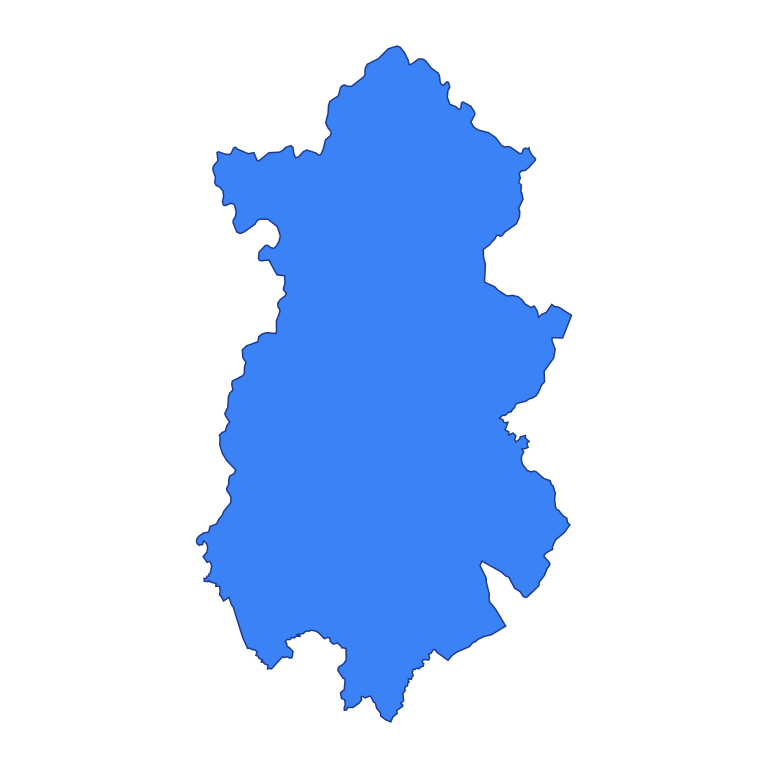 Pacula, Hidalgo, Mexico (Robinson projection)
{"feature_id": "50627088B29621121298920", "entity_name": "Pacula", "entity_type": "district", "adm_level": 2, "iso_a3": "MEX", "parent_name": "Mexico", "parent_adm1": "Hidalgo", "projection": "robinson", "projection_center": [-99.322, 21.003], "detail": "fine", "context": "isolated", "style": "filled", "palette": "blue", "viewbox_px": 768, "rotation_deg": 0, "n_neighbors": 0, "source": "geoboundaries", "source_scale": "gbopen_adm2", "svg_char_len": 6100}
<svg xmlns="http://www.w3.org/2000/svg" viewBox="0 0 768 768"><path d="M529.0,147.8L528.0,148.6L524.8,148.2L523.1,149.7L521.9,153.4L519.7,153.6L510.4,147.1L508.1,146.5L504.6,147.0L501.7,145.6L495.5,137.5L488.3,132.6L478.2,130.0L473.7,127.0L470.9,122.1L474.7,114.8L474.7,112.3L470.8,106.2L462.9,102.0L461.5,102.9L460.7,108.5L458.8,109.4L455.9,106.7L449.8,104.3L447.3,97.3L447.9,90.6L449.8,87.2L448.5,82.4L446.8,81.8L443.3,85.3L441.2,84.3L440.2,82.1L439.4,75.6L438.0,73.0L431.5,68.3L425.7,60.9L423.0,59.1L418.4,59.1L411.6,64.1L409.2,64.6L408.0,59.9L404.6,52.8L400.1,47.2L397.2,46.1L388.4,48.7L378.1,58.9L367.4,64.2L365.2,68.4L364.9,75.2L363.2,77.2L351.6,86.3L347.5,86.3L344.3,84.9L341.9,86.0L340.5,87.6L338.4,95.7L329.8,101.4L328.5,105.7L328.1,113.3L325.7,122.8L328.0,128.0L331.2,131.7L331.2,133.1L330.0,136.0L325.5,139.8L323.1,149.5L320.7,154.8L318.7,155.2L315.7,152.9L306.7,150.0L303.3,151.7L298.3,157.1L295.5,157.6L293.9,153.9L292.9,147.4L291.0,145.6L285.7,147.4L282.2,150.8L279.3,152.2L269.0,152.7L258.7,161.0L256.9,160.1L253.9,152.7L248.2,153.7L237.8,149.3L235.3,147.2L233.7,148.0L231.1,153.4L229.2,154.5L225.2,154.2L218.5,151.8L217.0,152.6L218.0,160.6L214.0,165.3L212.9,167.9L213.1,170.6L215.5,177.3L214.7,182.5L216.1,185.4L219.6,187.0L223.1,191.3L223.6,196.4L222.4,201.8L223.4,205.1L225.4,205.6L230.7,203.3L233.8,204.2L234.6,205.3L236.2,211.9L235.5,216.4L233.4,219.7L233.0,222.7L236.9,232.1L240.0,233.5L244.0,232.0L254.8,224.4L257.4,220.2L261.0,219.1L268.0,219.3L276.8,226.2L277.9,228.2L280.3,236.0L279.1,241.1L276.3,246.1L274.0,248.4L270.8,247.6L267.2,245.2L265.5,245.4L259.2,251.9L258.4,258.3L259.1,260.0L260.9,260.8L268.9,260.1L277.0,274.9L284.6,275.8L285.0,283.2L283.4,288.4L283.7,290.3L286.4,293.2L285.3,295.8L280.3,299.5L277.8,303.1L278.0,306.8L279.7,309.5L279.9,311.7L276.4,321.0L276.5,330.9L275.7,333.5L267.0,332.7L262.3,333.9L258.8,336.6L257.9,341.7L246.4,345.9L242.3,350.0L242.9,357.7L245.9,362.2L244.5,367.0L244.3,373.5L242.7,375.7L232.3,381.1L231.8,384.4L232.9,389.9L229.9,393.0L228.4,396.7L227.8,407.3L224.8,413.4L225.6,415.9L229.6,422.0L227.0,425.5L225.2,431.3L222.2,432.5L219.4,435.1L220.1,437.7L219.8,444.9L222.6,453.8L226.9,460.7L235.7,469.9L234.2,473.5L229.7,476.2L228.7,480.1L228.7,484.5L226.6,488.5L227.1,491.1L229.7,494.4L230.9,497.7L230.9,502.5L223.8,511.3L222.2,515.3L219.2,518.7L216.6,523.9L210.1,526.5L208.7,532.0L203.3,533.1L198.6,536.4L196.8,539.2L196.5,541.6L197.2,543.6L199.1,545.3L202.7,544.4L203.2,541.3L203.9,541.0L206.8,544.0L207.6,547.4L207.1,552.0L203.1,556.6L207.1,562.3L209.3,561.4L210.3,562.0L211.7,566.0L210.4,572.8L208.9,574.1L208.9,576.1L207.2,576.2L206.2,578.3L204.1,578.4L204.2,581.2L208.0,581.6L209.0,580.5L210.1,581.9L216.1,583.5L215.8,586.3L219.5,586.1L220.2,591.1L219.6,595.1L221.3,596.5L223.5,601.0L229.0,597.4L231.5,604.9L233.2,606.9L242.6,637.2L247.6,648.3L249.9,648.3L252.9,649.9L254.2,649.5L257.1,651.8L255.9,655.3L258.3,656.3L258.8,658.3L262.5,659.6L262.6,660.6L261.3,661.0L261.3,662.1L263.7,662.2L264.2,663.7L267.7,665.0L267.6,668.9L269.1,668.3L271.5,668.9L282.5,656.8L284.0,657.6L287.0,656.7L290.0,658.1L292.0,657.7L293.1,651.6L289.1,647.4L287.1,646.6L286.6,643.4L285.2,641.8L286.9,639.5L290.0,639.6L291.9,637.3L294.3,638.0L296.5,636.0L299.6,636.5L300.2,636.1L297.5,634.5L303.4,633.5L305.8,631.1L309.4,631.1L311.0,630.1L315.0,630.9L318.2,632.4L324.4,638.7L327.3,637.5L329.8,637.9L330.2,641.4L333.2,644.1L337.6,643.0L341.2,646.4L341.9,648.0L344.0,647.8L346.0,648.8L346.2,660.0L343.5,663.9L338.6,667.2L337.8,670.3L343.2,678.5L344.5,678.4L345.1,679.5L344.2,689.8L340.5,692.7L341.5,698.5L344.7,699.8L345.3,704.6L344.3,707.4L344.3,710.2L346.5,710.0L347.6,707.6L353.1,707.4L359.2,703.0L361.6,699.9L361.1,697.1L361.9,696.3L365.3,697.9L369.8,696.1L370.9,696.7L373.6,702.2L375.4,702.9L376.6,708.1L380.5,713.0L380.7,716.1L385.7,719.8L390.8,721.9L392.9,716.9L397.2,713.4L396.7,710.6L402.6,706.3L402.7,705.0L400.6,703.3L403.6,700.8L402.9,693.5L405.3,690.4L404.6,689.0L405.6,686.6L407.4,685.8L408.0,682.7L409.1,681.9L408.3,680.8L408.5,678.7L411.4,679.4L411.9,677.1L413.2,675.7L412.2,672.5L413.2,669.2L414.7,669.6L416.5,668.3L419.3,668.7L420.6,666.9L423.0,666.4L423.8,663.7L422.2,662.2L422.5,660.3L424.7,659.5L428.8,660.0L429.6,657.9L428.8,654.3L431.4,652.9L433.0,649.7L435.2,649.7L436.8,652.2L448.0,660.3L452.1,655.5L457.3,651.8L469.4,646.6L472.9,642.6L475.6,641.5L478.0,639.3L484.6,636.3L491.2,634.8L505.7,626.1L495.4,608.9L489.6,601.9L489.0,597.7L489.4,594.7L486.2,581.8L486.3,578.3L480.0,565.6L481.9,561.1L501.0,571.7L505.8,576.0L508.6,576.9L514.8,588.4L520.0,591.5L523.2,596.5L525.3,597.4L527.1,597.0L538.9,585.7L539.3,581.9L544.3,575.6L547.0,568.8L549.6,565.2L549.8,563.2L544.0,556.3L544.2,555.1L546.2,552.8L552.8,549.2L552.2,547.3L555.4,540.0L564.4,532.5L569.9,524.8L567.6,522.6L566.8,518.2L562.9,515.7L558.6,510.2L556.8,509.6L555.5,507.1L554.6,498.8L555.4,493.4L553.0,485.8L551.6,484.8L550.0,480.6L543.8,478.5L536.0,471.6L533.8,471.1L531.4,471.9L527.4,470.6L522.5,464.4L521.5,460.9L521.5,456.2L523.7,452.1L521.9,448.9L524.6,448.8L528.1,447.4L526.7,443.2L529.1,441.4L525.6,438.4L525.5,435.5L520.2,436.9L519.7,439.1L516.1,441.9L514.6,439.6L515.9,435.9L515.5,435.3L513.0,433.0L508.6,435.2L508.9,431.9L505.1,430.0L508.0,422.3L505.2,422.8L503.5,422.1L502.9,419.7L499.5,418.3L502.4,415.4L505.3,415.4L508.1,412.6L511.5,411.7L512.2,409.7L514.6,407.6L515.1,405.5L516.8,403.5L525.7,401.2L529.5,398.7L532.0,398.2L536.0,395.8L538.3,392.7L541.8,384.6L544.6,381.8L544.1,371.3L553.6,358.1L555.2,349.5L552.0,340.7L552.2,337.7L562.6,338.0L571.5,315.3L558.8,307.2L554.3,306.4L551.8,304.4L546.2,312.5L542.0,314.2L538.6,317.3L537.1,310.6L534.1,305.9L530.9,307.6L525.0,303.9L522.8,300.6L518.3,296.8L512.5,295.4L507.0,296.0L498.2,290.4L494.8,286.9L484.5,282.1L485.4,264.6L483.5,256.8L483.3,249.5L489.3,244.9L494.9,238.8L496.6,235.4L499.1,235.2L500.0,236.4L502.1,235.7L504.7,232.1L516.4,223.8L519.5,216.6L519.7,211.1L518.7,208.2L523.0,199.1L521.7,192.8L520.9,192.1L521.4,185.2L518.6,182.3L520.3,178.1L519.3,173.8L520.7,171.1L525.2,170.4L528.8,167.5L535.2,160.3L535.5,158.8L531.9,155.0L529.0,149.5L529.0,147.8Z" fill="#3b82f6" stroke="#1e3a8a" stroke-width="1.5"/></svg>